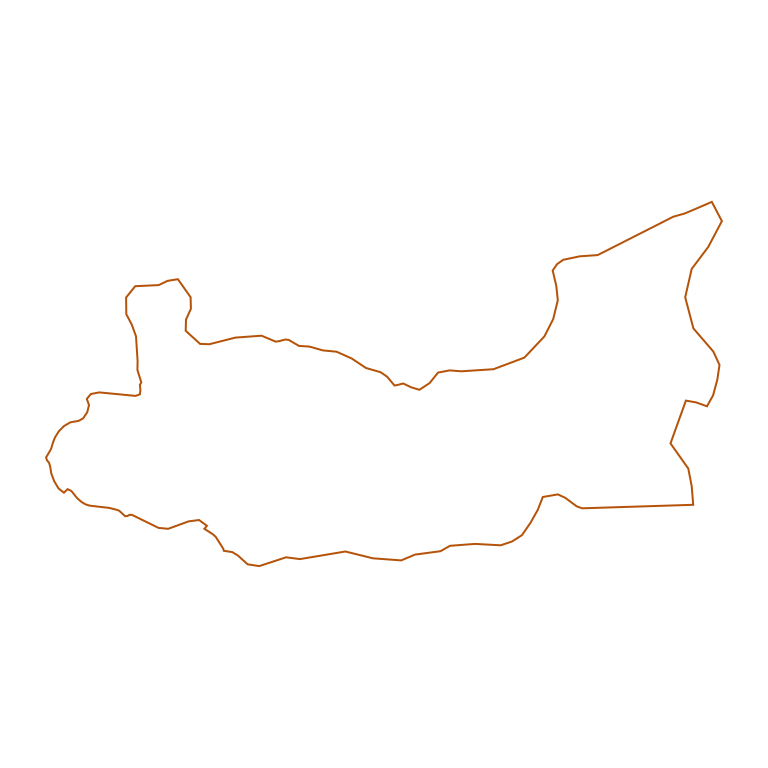 Elazig, Robinson projection
{"feature_id": "TUR-2282", "entity_name": "Elazig", "entity_type": "Province", "adm_level": 1, "iso_a3": "TUR", "parent_name": "Turkey", "parent_adm1": "", "projection": "robinson", "projection_center": [39.185, 38.778], "detail": "fine", "context": "isolated", "style": "outline", "palette": "amber", "viewbox_px": 768, "rotation_deg": 0, "n_neighbors": 0, "source": "natural_earth", "source_scale": "10m", "svg_char_len": 1804}
<svg xmlns="http://www.w3.org/2000/svg" viewBox="0 0 768 768"><path d="M461.3,371.3L493.5,369.2L524.4,357.6L544.4,336.4L553.2,319.1L557.8,300.3L556.3,286.0L552.7,270.5L557.0,264.2L563.2,259.8L579.9,256.3L597.6,255.1L673.3,216.7L684.7,213.5L711.8,201.9L721.9,221.1L708.2,247.0L691.7,268.9L685.2,297.3L693.4,328.4L713.3,351.5L719.5,364.9L717.3,379.7L713.1,395.3L707.0,406.3L696.1,402.4L685.9,400.6L670.5,443.4L688.3,468.6L691.7,486.2L693.2,504.8L582.2,508.3L576.8,506.4L565.2,497.8L557.9,494.4L542.8,497.0L537.7,510.0L530.3,523.1L521.9,535.2L511.8,541.6L500.6,545.3L475.1,543.9L450.0,545.8L440.5,551.2L415.0,554.6L401.2,560.4L372.9,558.3L345.4,551.5L299.9,559.1L286.1,557.3L259.2,566.1L247.6,564.3L237.9,555.5L232.3,552.1L223.8,550.8L223.3,548.8L215.7,536.8L213.0,534.4L204.4,528.8L206.9,525.8L199.0,520.0L188.5,521.4L168.2,528.8L158.6,527.9L131.8,514.8L129.4,514.9L127.4,516.0L125.1,516.2L119.7,511.2L118.1,510.2L109.2,507.9L90.0,505.7L85.6,504.4L81.6,502.0L77.2,498.2L71.4,491.0L67.6,489.2L63.9,492.7L58.5,488.4L54.2,481.2L51.2,473.2L50.2,466.5L49.0,462.7L46.9,460.2L46.1,457.4L51.0,449.1L53.3,441.7L55.0,437.4L58.8,431.3L63.9,426.1L70.4,422.3L78.6,420.9L83.1,418.4L87.2,412.3L89.0,405.1L86.8,398.9L90.9,394.0L99.3,392.4L135.6,395.9L139.9,394.3L140.4,390.2L139.9,384.8L141.3,382.4L137.4,369.9L137.6,361.1L136.0,336.3L131.8,324.7L126.3,314.2L126.1,297.5L135.2,286.2L158.7,285.1L167.4,280.9L177.9,279.2L190.6,297.2L190.9,308.8L186.0,319.6L185.7,330.8L200.1,343.9L209.4,344.2L235.4,337.6L261.5,335.7L275.6,341.6L278.9,341.2L285.4,339.5L288.7,339.9L299.0,345.9L309.5,346.6L322.9,350.4L336.5,351.7L351.7,358.5L366.0,368.0L380.6,372.2L387.1,376.7L394.5,385.5L397.4,385.0L403.2,383.5L411.2,387.3L419.4,389.8L429.6,383.1L438.0,372.6L449.6,370.4L461.3,371.3Z" fill="none" stroke="#b45309" stroke-width="2"/></svg>